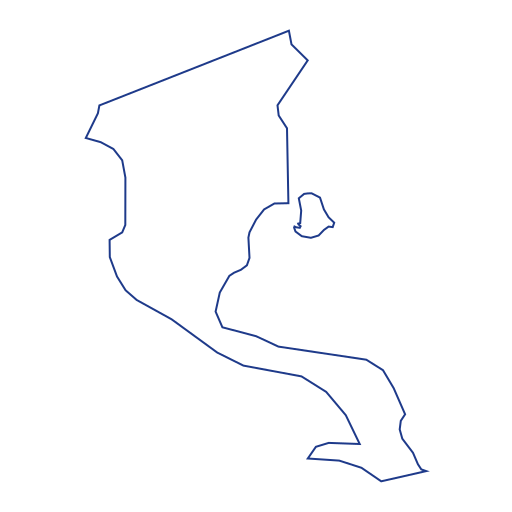 SVG path tracing the border of Central Abaco, rotated 180°
{"feature_id": "BHS-5015", "entity_name": "Central Abaco", "entity_type": "District", "adm_level": 1, "iso_a3": "BHS", "parent_name": "The Bahamas", "parent_adm1": "", "projection": "orthographic", "projection_center": [-77.217, 26.497], "detail": "fine", "context": "isolated", "style": "outline", "palette": "blue", "viewbox_px": 512, "rotation_deg": 180, "n_neighbors": 0, "source": "natural_earth", "source_scale": "10m", "svg_char_len": 1179}
<svg xmlns="http://www.w3.org/2000/svg" viewBox="0 0 512 512"><g transform="rotate(180 256 256)"><path d="M223.1,481.3L220.5,467.6L204.3,451.6L234.5,406.7L233.3,396.5L225.0,383.7L223.6,308.8L237.6,308.5L247.9,302.6L255.9,292.4L262.5,279.7L263.6,274.4L262.5,254.1L265.1,246.7L271.1,242.2L277.9,239.3L282.6,236.2L292.2,219.5L296.4,200.4L289.6,184.7L255.9,175.8L233.6,165.4L145.7,152.3L129.0,141.8L118.3,123.8L106.9,97.7L111.2,91.2L112.3,82.6L109.7,73.3L99.0,59.2L94.1,47.8L90.7,42.6L85.8,40.9L130.8,30.7L150.5,44.2L172.8,51.4L204.2,53.5L196.1,65.2L183.3,69.1L152.3,68.0L166.2,96.8L185.8,120.1L210.5,135.6L268.6,146.4L294.7,159.4L340.4,192.7L375.3,212.0L386.4,221.7L395.0,235.5L402.2,254.9L402.4,272.1L389.8,279.6L386.7,287.0L386.6,334.4L389.8,351.7L398.6,363.0L411.2,369.8L426.2,374.0L414.1,398.7L412.6,406.6L223.1,481.3ZM210.2,275.8L216.5,280.5L217.9,284.4L217.5,285.5L215.7,284.7L212.2,284.2L211.4,285.8L213.5,287.6L213.8,288.4L211.8,288.9L210.8,301.4L213.2,313.7L207.9,318.1L204.1,318.6L200.4,318.7L192.0,314.4L188.1,302.6L183.4,294.7L177.8,289.3L179.3,284.9L183.4,285.4L188.0,282.1L193.4,276.5L201.1,274.2L210.2,275.8Z" fill="none" stroke="#1e3a8a" stroke-width="2"/></g></svg>